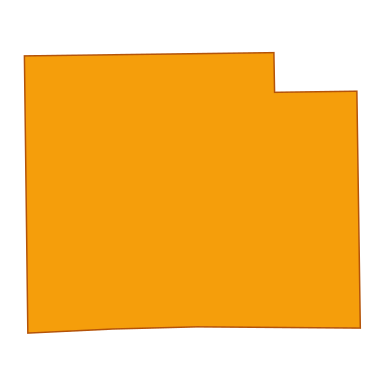 Effingham, Illinois, United States of America, rotated 359°
{"feature_id": "52423323B49311223718144", "entity_name": "Effingham", "entity_type": "district", "adm_level": 2, "iso_a3": "USA", "parent_name": "United States of America", "parent_adm1": "Illinois", "projection": "robinson", "projection_center": [-88.582, 39.064], "detail": "fine", "context": "isolated", "style": "filled", "palette": "amber", "viewbox_px": 384, "rotation_deg": 359, "n_neighbors": 0, "source": "geoboundaries", "source_scale": "gbopen_adm2", "svg_char_len": 282}
<svg xmlns="http://www.w3.org/2000/svg" viewBox="0 0 384 384"><g transform="rotate(359 192 192)"><path d="M26.8,53.0L25.4,330.2L110.1,327.6L194.8,326.9L357.9,331.0L358.6,94.1L278.9,93.8L276.3,93.8L276.3,54.1L26.8,53.0Z" fill="#f59e0b" stroke="#b45309" stroke-width="1.5"/></g></svg>